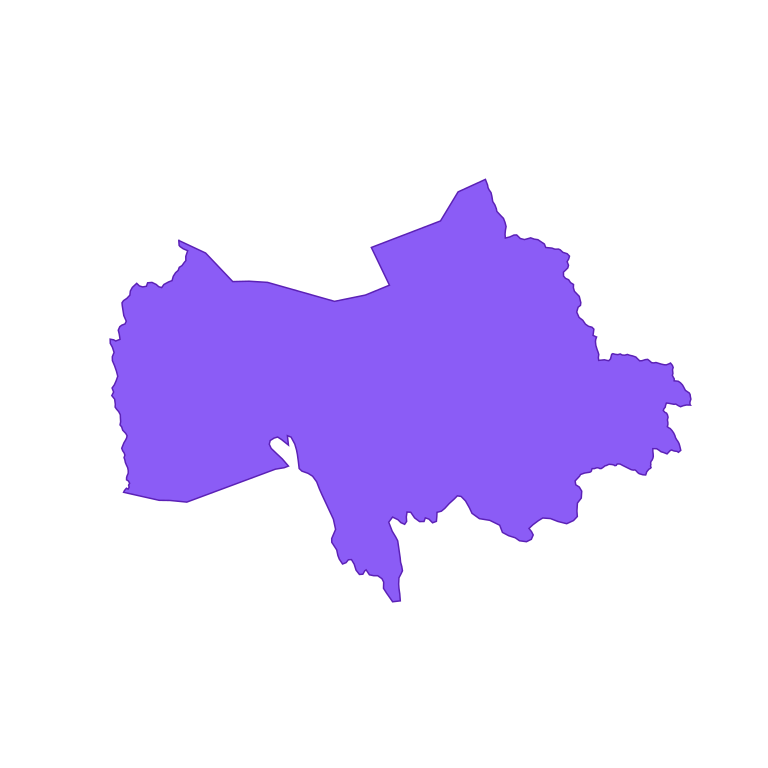 outline of Gua Musang, Kelantan, Malaysia, rotated 339°
{"feature_id": "92858781B67795542247557", "entity_name": "Gua Musang", "entity_type": "district", "adm_level": 2, "iso_a3": "MYS", "parent_name": "Malaysia", "parent_adm1": "Kelantan", "projection": "natural_earth1", "projection_center": [102.158, 5.006], "detail": "fine", "context": "isolated", "style": "filled", "palette": "violet", "viewbox_px": 768, "rotation_deg": 339, "n_neighbors": 0, "source": "geoboundaries", "source_scale": "gbopen_adm2", "svg_char_len": 5547}
<svg xmlns="http://www.w3.org/2000/svg" viewBox="0 0 768 768"><g transform="rotate(339 384 384)"><path d="M244.1,175.7L242.4,181.2L242.9,182.7L245.0,185.8L248.5,189.2L244.7,193.8L243.2,197.8L241.0,199.0L237.8,201.1L234.7,201.7L232.5,204.2L229.3,205.4L225.9,207.9L223.2,211.5L219.5,211.5L214.2,212.2L211.0,214.3L208.6,212.5L207.0,209.4L203.8,206.0L199.6,204.8L197.2,207.6L193.5,206.9L190.8,204.8L189.2,201.4L183.7,203.6L180.5,206.3L178.6,210.0L174.6,211.9L170.7,212.8L168.5,214.3L167.7,217.1L165.6,226.9L165.9,233.0L163.7,235.1L160.3,235.1L157.9,235.8L155.2,238.5L154.7,242.5L153.6,247.7L148.9,247.7L147.5,245.9L144.4,244.0L143.0,248.0L143.6,252.3L143.3,257.8L140.1,261.2L138.8,264.9L139.0,270.4L138.8,276.2L138.2,281.4L135.0,285.1L131.9,288.2L128.7,290.3L128.7,294.6L125.7,297.3L127.1,301.6L125.9,306.6L124.7,309.2L125.3,311.7L126.4,314.7L126.8,318.2L125.8,321.1L124.6,324.9L122.9,327.6L123.7,330.0L123.5,333.5L125.2,337.6L125.6,340.2L124.4,342.1L122.4,343.9L120.1,345.7L116.1,350.0L116.1,352.7L116.7,355.1L116.6,357.6L114.9,359.6L114.9,361.7L114.4,364.7L114.5,367.6L114.7,370.4L114.2,373.1L113.2,375.7L111.1,377.8L110.1,379.2L109.3,381.2L110.6,382.9L111.0,385.5L109.3,386.9L109.1,389.0L107.4,390.4L106.2,389.0L103.6,390.4L102.1,391.8L132.4,412.0L142.4,416.0L157.6,423.6L252.1,424.6L260.9,426.4L265.4,426.4L262.2,417.5L258.8,410.5L255.6,403.7L255.3,399.1L257.5,396.0L262.0,395.1L265.7,395.4L268.4,399.1L272.9,406.8L275.3,397.6L278.2,400.3L279.2,408.0L278.7,414.1L277.9,418.7L276.3,425.5L274.5,432.5L276.1,435.9L281.1,440.2L284.3,444.5L286.1,451.2L286.1,458.9L286.4,465.0L288.3,492.0L286.7,502.4L279.8,509.5L278.5,513.1L280.4,521.9L279.5,527.6L279.5,531.5L280.8,537.2L284.5,537.2L287.8,535.3L290.7,536.3L291.6,541.5L291.2,547.8L292.8,553.0L296.1,554.0L299.0,551.6L300.7,551.1L302.0,556.9L305.7,559.3L309.4,560.7L312.3,565.0L312.7,568.8L310.3,574.6L311.5,580.3L313.2,587.1L314.0,590.4L321.5,592.3L323.5,585.6L324.8,579.9L326.0,576.0L328.5,570.3L331.8,567.4L334.3,565.0L335.2,560.7L335.6,556.4L336.8,552.1L339.3,541.1L340.6,535.3L340.1,531.0L338.9,524.3L338.9,514.7L344.3,511.3L348.4,515.7L350.1,519.5L353.0,522.4L355.9,520.4L357.2,516.1L359.6,511.8L363.0,513.3L364.6,520.0L367.9,525.2L372.1,526.7L374.6,523.8L377.5,526.2L379.6,531.0L383.7,531.0L385.8,526.7L387.5,522.8L392.0,523.3L396.2,521.9L402.0,519.0L408.2,516.6L412.4,514.7L415.7,516.6L418.2,522.4L419.4,530.5L419.8,536.3L424.8,543.9L433.9,549.2L441.4,557.3L441.4,565.0L446.0,570.3L451.4,574.6L454.3,578.9L460.5,582.3L464.7,581.9L465.9,581.8L469.2,578.4L468.8,574.6L467.6,570.8L472.5,568.8L479.2,566.9L484.2,566.0L491.2,569.3L497.0,574.6L504.5,579.9L512.0,579.4L517.0,577.0L518.6,571.7L521.9,564.5L527.3,561.2L530.2,554.9L529.4,550.2L526.9,546.8L527.7,543.0L533.6,540.1L535.0,538.9L539.2,539.0L542.2,539.6L543.9,540.0L545.4,540.1L546.5,539.5L547.2,538.4L548.0,537.6L550.0,538.4L551.6,538.4L552.9,538.5L554.3,539.3L555.2,540.3L556.6,540.8L558.4,540.4L559.8,540.0L561.1,539.6L562.5,539.8L564.5,539.6L565.3,539.6L567.8,540.8L569.4,541.8L570.3,543.0L571.7,543.2L572.6,542.4L573.7,542.4L575.8,543.4L577.4,545.3L580.6,548.8L584.1,552.6L585.8,553.7L587.4,554.1L588.2,555.2L589.1,557.6L590.1,559.2L593.1,561.5L595.7,562.7L597.0,561.2L597.7,560.2L598.9,559.5L601.0,558.4L602.6,558.2L603.4,557.7L603.4,556.1L604.3,554.8L604.6,553.3L605.6,551.9L607.0,551.1L608.4,549.7L609.4,548.2L610.2,545.8L610.9,543.1L611.8,540.7L615.3,542.1L616.9,544.2L618.4,546.6L620.3,548.0L623.2,550.7L627.4,548.7L628.9,548.7L630.3,550.1L631.5,550.9L633.4,551.9L634.4,553.3L637.3,552.3L637.6,550.1L637.9,547.8L638.1,545.4L637.8,542.9L637.3,541.1L636.9,538.5L637.1,536.4L636.9,533.6L636.2,530.7L635.2,528.1L634.5,527.4L633.2,525.4L634.5,523.6L635.2,521.7L635.7,519.1L637.3,516.8L637.6,514.2L637.3,512.4L636.2,511.3L635.2,508.9L636.4,507.5L638.3,506.4L639.1,505.0L640.8,503.0L642.5,503.8L645.4,505.6L647.5,506.9L649.2,507.3L651.0,509.7L652.7,511.5L655.6,511.5L658.9,512.0L662.5,513.5L662.3,512.8L663.1,510.5L665.1,508.1L665.5,505.6L666.0,503.6L665.8,501.8L664.6,500.1L663.1,497.9L662.6,493.6L662.3,491.8L661.2,489.1L659.7,486.9L657.8,485.9L656.0,485.0L656.8,483.2L656.5,481.2L656.3,479.3L657.5,477.7L658.5,474.0L659.9,472.2L659.9,469.9L659.0,467.1L657.0,467.3L654.4,467.3L652.6,466.5L650.0,464.8L645.6,461.4L643.4,461.0L641.5,460.0L640.3,457.7L639.0,455.5L636.7,454.9L633.2,454.7L631.0,454.0L629.6,451.0L628.8,449.1L626.2,446.9L623.5,445.1L621.8,443.6L619.2,443.4L616.9,442.4L615.3,440.6L612.9,440.4L610.6,439.2L608.5,437.7L607.2,437.9L604.4,441.8L602.2,442.8L600.5,441.8L598.5,440.4L592.9,438.9L593.6,436.1L595.1,433.4L595.3,430.4L595.3,428.3L595.6,423.9L596.6,420.2L597.6,418.3L599.3,416.3L598.8,415.9L596.6,413.5L599.6,408.0L598.5,405.5L595.6,403.4L593.5,400.3L592.4,395.7L590.0,391.8L589.7,385.9L592.7,381.9L595.6,381.0L596.9,378.6L597.7,372.1L595.0,365.7L595.3,362.0L596.6,359.0L594.5,356.2L593.7,352.8L591.3,350.4L590.3,347.6L591.6,343.9L594.5,342.7L597.2,341.5L598.8,339.3L598.8,335.4L601.2,333.5L603.0,331.1L601.7,328.0L598.2,325.2L596.6,321.9L595.3,320.6L591.9,319.4L589.5,317.3L583.9,314.5L583.9,310.8L579.4,304.4L576.2,302.6L573.3,300.1L569.8,299.8L566.9,299.5L563.4,297.0L561.3,292.4L558.7,291.5L554.1,291.8L549.6,291.2L550.7,287.5L552.5,283.9L554.4,280.8L554.9,276.5L554.9,272.2L553.3,268.5L551.2,263.3L551.7,260.6L551.7,256.6L550.9,252.6L552.0,247.4L552.5,243.7L551.7,240.3L551.5,237.9L552.0,235.4L552.0,229.3L522.0,231.2L495.2,252.0L421.1,252.0L424.5,293.7L398.5,294.3L367.4,289.1L311.7,247.4L294.9,239.7L279.5,234.2L264.4,197.8L244.0,176.6L244.1,175.7Z" fill="#8b5cf6" stroke="#5b21b6" stroke-width="1.5"/></g></svg>